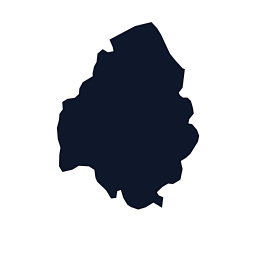 outline of Gochang-gun, North Jeolla, South Korea, rotated 329°
{"feature_id": "91817680B73468302874709", "entity_name": "Gochang-gun", "entity_type": "district", "adm_level": 2, "iso_a3": "KOR", "parent_name": "South Korea", "parent_adm1": "North Jeolla", "projection": "equal_earth", "projection_center": [126.618, 35.434], "detail": "fine", "context": "isolated", "style": "filled", "palette": "ink", "viewbox_px": 256, "rotation_deg": 329, "n_neighbors": 0, "source": "geoboundaries", "source_scale": "gbopen_adm2", "svg_char_len": 1086}
<svg xmlns="http://www.w3.org/2000/svg" viewBox="0 0 256 256"><g transform="rotate(329 128 128)"><path d="M186.4,45.0L158.3,43.5L157.3,51.1L155.6,55.7L149.2,53.4L146.5,48.2L140.5,49.3L135.7,55.7L130.8,58.6L126.5,63.3L124.9,66.2L116.3,66.2L113.0,66.2L107.1,69.7L103.9,74.3L97.9,75.5L90.9,72.6L85.5,72.6L82.3,79.0L76.9,81.3L73.6,86.0L67.7,91.8L62.8,101.7L60.7,110.4L55.8,116.2L49.9,125.6L49.9,131.4L59.0,134.3L66.6,134.3L75.2,140.1L78.5,146.5L75.2,154.1L74.7,158.2L77.9,169.9L77.9,179.2L81.7,180.9L86.0,175.7L90.9,176.9L88.7,185.6L88.7,193.2L90.3,196.7L95.2,202.5L102.2,204.3L111.9,204.3L116.2,212.5L121.6,205.5L118.9,202.0L118.9,197.3L127.1,195.5L134.1,195.5L137.9,198.5L145.4,198.5L146.0,198.5L153.0,190.9L155.7,182.7L162.2,182.7L168.1,181.5L180.5,175.1L184.3,171.0L185.4,165.2L184.3,158.2L181.0,155.3L184.8,151.2L191.3,148.9L193.4,143.6L195.1,137.2L194.0,133.1L190.2,130.8L188.6,126.7L189.1,123.2L195.1,120.9L206.1,106.8L204.8,105.2L202.6,94.1L201.5,86.0L202.0,80.7L203.7,65.0L203.6,57.5L202.0,49.9L196.6,48.2L186.4,45.0Z" fill="#0f172a" stroke="#020617" stroke-width="1.5"/></g></svg>